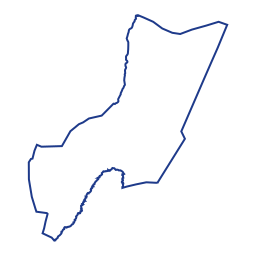 outline of Choibalsan, Dornod, Mongolia
{"feature_id": "93677404B46281126061299", "entity_name": "Choibalsan", "entity_type": "district", "adm_level": 2, "iso_a3": "MNG", "parent_name": "Mongolia", "parent_adm1": "Dornod", "projection": "albers", "projection_center": [115.229, 48.891], "detail": "fine", "context": "isolated", "style": "outline", "palette": "blue", "viewbox_px": 256, "rotation_deg": 0, "n_neighbors": 0, "source": "geoboundaries", "source_scale": "gbopen_adm2", "svg_char_len": 5270}
<svg xmlns="http://www.w3.org/2000/svg" viewBox="0 0 256 256"><path d="M157.7,182.5L157.7,182.4L167.5,166.7L184.9,138.8L181.3,131.4L191.0,109.0L204.3,78.3L211.2,62.5L217.6,48.0L227.2,24.8L218.6,21.8L206.2,25.6L191.9,29.6L180.2,34.0L172.3,32.8L162.3,28.5L153.2,21.8L143.6,17.5L138.5,15.4L138.5,15.7L138.1,16.0L137.8,16.0L137.6,16.0L136.9,15.4L136.7,15.4L136.2,15.5L135.9,15.8L135.8,16.0L135.9,16.9L135.7,17.8L136.0,18.7L135.9,18.9L134.8,20.0L134.7,20.3L134.6,21.2L134.5,21.5L134.2,21.9L133.8,22.3L133.0,23.6L132.6,25.7L132.1,27.2L131.8,27.7L131.4,28.2L131.2,28.3L130.3,28.7L129.7,29.1L129.4,29.4L129.0,30.0L128.9,30.3L128.6,32.2L128.0,33.8L127.4,36.3L126.8,38.1L126.7,38.4L127.5,40.7L127.7,41.0L128.0,41.3L128.2,42.0L128.3,42.4L128.3,45.6L128.2,49.4L128.0,51.5L127.9,53.2L127.7,54.0L127.4,54.6L126.4,55.8L126.2,56.2L126.0,56.7L126.0,57.2L126.1,58.7L126.0,59.6L126.2,60.0L127.2,61.0L127.3,61.3L127.4,61.6L127.4,62.0L127.1,62.5L126.9,62.7L126.0,63.3L125.7,63.5L125.4,64.5L125.5,66.0L125.8,66.6L126.1,67.3L126.1,67.7L125.8,68.5L125.4,69.2L125.1,69.9L125.0,70.5L125.2,73.3L124.8,74.0L124.7,74.3L124.9,74.9L124.9,75.3L124.4,78.0L124.3,79.4L124.2,80.2L124.8,84.0L124.9,84.8L124.6,85.4L124.2,85.8L123.5,87.7L123.2,88.2L122.6,88.9L122.5,89.2L121.8,91.0L120.8,93.1L120.7,93.3L120.7,94.4L120.5,94.7L119.8,96.0L118.2,99.1L118.2,99.8L118.3,100.5L118.4,100.8L118.4,101.2L118.2,101.8L117.2,102.7L115.3,103.5L114.9,104.0L113.5,103.7L101.7,115.6L88.9,118.5L83.1,122.4L78.9,124.2L70.4,131.2L61.9,146.1L41.4,146.7L36.9,144.8L34.5,150.7L32.5,158.6L30.9,159.0L28.8,162.3L28.9,179.3L31.8,196.8L35.4,208.6L36.4,211.7L46.8,213.1L47.6,213.9L45.6,221.4L44.1,228.4L42.6,233.3L51.7,237.6L54.3,240.6L55.2,240.4L55.2,239.8L55.3,239.8L55.8,239.6L56.0,239.3L56.3,239.2L56.4,238.8L57.8,237.7L57.8,237.0L58.1,236.4L59.6,235.4L61.2,233.7L61.4,233.4L61.5,233.1L61.5,232.7L61.3,232.3L61.4,231.8L62.0,231.8L62.1,231.6L62.4,230.9L62.9,229.9L63.1,229.6L63.5,229.5L64.2,229.1L64.3,228.7L64.1,228.1L64.2,227.9L64.4,227.5L64.6,227.3L64.8,227.1L65.2,227.1L65.7,227.2L66.3,227.6L66.7,227.6L67.1,227.0L67.4,226.9L67.9,227.0L68.1,227.0L68.6,226.7L69.3,226.7L69.6,226.6L69.9,226.3L70.4,226.2L70.7,226.0L71.2,225.4L72.0,224.4L72.6,224.3L73.1,223.9L73.5,223.3L73.4,222.5L74.1,222.4L74.3,222.0L74.4,221.5L74.5,221.1L74.7,220.7L75.1,220.4L74.7,219.8L74.8,219.7L75.4,219.2L75.6,218.9L76.0,218.5L76.1,218.0L76.3,217.5L76.2,217.1L76.1,216.7L76.4,216.3L76.3,216.2L76.6,215.9L77.6,214.7L77.9,214.1L77.8,213.5L77.9,213.3L78.1,213.1L78.5,213.0L79.6,213.4L80.1,213.2L80.1,212.9L80.0,212.5L80.0,212.3L81.4,211.3L82.0,210.7L81.9,210.3L81.4,210.1L81.7,209.9L81.7,209.7L81.4,209.5L81.3,209.3L81.6,209.0L81.7,208.8L81.7,208.7L81.2,208.6L81.1,208.4L81.5,208.2L81.3,207.3L81.2,206.5L81.0,206.1L81.0,205.9L81.2,205.7L81.5,205.6L81.6,205.2L82.2,205.0L82.5,205.0L82.8,204.8L82.8,204.6L82.6,204.3L83.0,204.2L82.6,203.8L83.0,203.7L83.0,203.1L83.2,202.8L83.1,202.3L83.2,202.2L83.9,201.9L83.8,201.6L83.8,201.1L84.0,201.0L84.5,201.3L84.7,201.1L84.7,200.9L84.8,200.8L85.0,200.8L84.6,200.3L84.7,200.1L84.9,200.0L84.9,199.8L84.5,200.0L84.3,199.9L84.3,199.7L84.9,199.1L85.3,198.8L85.4,198.3L85.6,198.0L85.6,197.5L85.9,197.8L86.1,197.7L85.9,197.1L85.9,196.9L86.6,196.8L86.7,196.6L86.4,196.0L86.4,195.7L86.6,195.1L86.8,194.5L87.2,193.9L87.3,193.6L87.7,193.2L88.1,193.1L88.3,193.2L88.3,192.9L89.1,192.8L89.4,192.7L90.5,191.6L91.0,190.9L91.1,190.5L91.1,190.3L90.7,189.6L90.9,189.0L91.0,188.8L91.1,188.6L91.5,188.7L92.3,187.9L92.4,187.6L92.1,187.4L92.0,187.0L92.3,186.8L92.5,186.2L92.9,186.2L92.6,185.9L92.6,185.7L93.2,185.4L93.3,184.9L93.5,184.5L94.2,184.4L94.5,184.2L94.6,183.8L94.5,183.3L95.3,182.2L95.5,181.6L96.0,181.3L96.6,180.8L97.0,180.2L97.4,179.9L97.5,179.6L97.9,179.1L98.2,179.2L98.3,179.1L98.3,178.9L98.0,178.7L98.2,178.4L98.7,177.9L98.7,177.7L98.1,177.7L98.6,177.4L99.0,177.3L99.0,177.2L99.4,177.1L99.6,177.1L99.7,176.7L99.6,176.1L99.7,175.9L100.8,175.5L101.4,174.9L102.0,174.5L102.1,174.2L101.9,173.8L101.8,173.1L102.6,172.4L102.9,172.1L103.2,171.5L103.4,171.4L103.7,171.3L104.0,171.6L104.7,171.4L105.3,171.4L105.6,171.1L105.9,171.1L106.4,171.2L106.7,171.2L107.8,170.9L107.8,170.6L107.7,170.4L107.8,170.3L108.0,170.4L108.2,170.5L108.2,170.2L108.4,170.4L108.6,170.4L108.7,170.1L108.8,170.1L109.0,170.4L109.2,170.7L109.8,170.8L110.1,170.5L110.2,170.2L110.5,169.8L111.2,169.6L111.5,169.4L112.0,168.7L112.2,168.2L112.5,168.0L113.3,168.2L113.9,168.2L114.4,168.3L114.8,168.9L115.3,169.3L115.7,169.9L116.2,169.9L116.8,169.6L117.0,169.6L118.2,169.9L118.5,170.2L118.8,170.4L119.3,170.4L119.8,170.3L120.2,170.5L120.6,170.4L122.0,171.3L122.6,171.8L122.9,172.1L123.2,172.9L123.8,173.5L123.9,173.8L124.1,174.0L123.3,174.5L123.0,174.5L122.5,174.4L122.3,174.4L122.3,174.5L122.5,174.6L122.4,175.1L122.9,175.2L123.0,176.2L123.1,176.5L123.1,176.9L123.1,177.0L123.2,177.3L122.9,177.5L123.0,177.8L122.9,177.8L122.3,178.7L122.3,179.5L122.7,179.6L122.9,179.8L123.0,180.1L123.0,180.4L122.8,180.7L121.9,181.7L121.8,182.0L122.1,182.4L122.3,182.9L122.7,182.5L122.9,182.5L123.1,182.8L123.1,183.2L123.3,183.4L123.3,183.6L123.3,183.9L123.0,184.4L123.0,185.0L123.1,185.7L123.0,186.4L122.8,186.7L122.4,186.9L122.3,187.1L122.4,187.4L122.8,187.5L122.7,187.8L126.7,186.6L136.0,184.4L146.3,182.3L156.3,182.8L157.7,182.5Z" fill="none" stroke="#1e3a8a" stroke-width="2"/></svg>